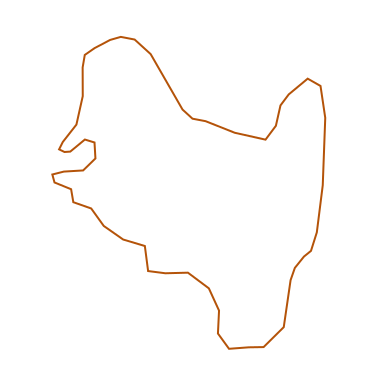 outline of Alborz, rotated 86°
{"feature_id": "IRN-5490", "entity_name": "Alborz", "entity_type": "Province", "adm_level": 1, "iso_a3": "IRN", "parent_name": "Iran", "parent_adm1": "", "projection": "albers", "projection_center": [50.738, 35.945], "detail": "fine", "context": "isolated", "style": "outline", "palette": "amber", "viewbox_px": 384, "rotation_deg": 86, "n_neighbors": 0, "source": "natural_earth", "source_scale": "10m", "svg_char_len": 792}
<svg xmlns="http://www.w3.org/2000/svg" viewBox="0 0 384 384"><g transform="rotate(86 192 192)"><path d="M164.8,330.1L162.7,318.4L162.9,299.1L151.8,286.0L135.8,285.8L132.2,295.2L143.2,310.6L143.2,316.4L140.2,321.6L133.1,317.4L116.7,302.6L88.8,294.3L60.1,292.4L47.8,289.4L41.7,279.2L34.6,263.1L32.3,252.2L35.9,238.6L51.6,223.6L109.1,195.7L118.9,186.4L122.3,173.5L135.9,145.2L144.9,115.0L131.8,103.7L111.8,97.7L101.4,88.7L87.0,68.7L95.2,56.4L127.3,53.9L194.4,61.1L241.0,70.3L259.0,77.4L264.2,84.8L274.9,94.7L286.8,99.8L333.2,109.9L351.7,131.4L350.9,146.2L351.0,166.0L335.0,176.0L312.2,173.3L289.3,181.9L272.2,201.7L271.2,224.3L267.8,241.3L242.6,242.8L234.6,264.0L219.7,282.4L201.4,293.7L193.9,311.1L180.8,312.4L172.9,328.5L164.8,330.1Z" fill="none" stroke="#b45309" stroke-width="2"/></g></svg>